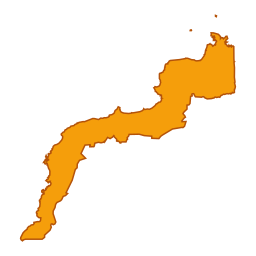 Zamboanga del Norte, Zamboanga del Norte, Philippines
{"feature_id": "2640588B39288775379873", "entity_name": "Zamboanga del Norte", "entity_type": "district", "adm_level": 2, "iso_a3": "PHL", "parent_name": "Philippines", "parent_adm1": "Zamboanga del Norte", "projection": "albers", "projection_center": [122.692, 8.0], "detail": "fine", "context": "isolated", "style": "filled", "palette": "amber", "viewbox_px": 256, "rotation_deg": 0, "n_neighbors": 0, "source": "geoboundaries", "source_scale": "gbopen_adm2", "svg_char_len": 5716}
<svg xmlns="http://www.w3.org/2000/svg" viewBox="0 0 256 256"><path d="M233.9,58.8L233.8,46.7L233.4,46.6L233.3,46.1L232.4,46.0L231.4,47.0L231.1,46.6L231.6,45.8L231.3,45.3L230.8,45.7L230.2,45.5L229.7,46.1L229.0,45.3L228.9,46.7L228.4,46.7L227.8,45.9L227.3,46.0L226.8,45.0L225.2,43.9L225.2,42.4L224.8,42.0L225.8,41.3L225.8,40.3L227.7,38.6L226.9,36.2L225.8,36.4L224.7,38.0L224.0,38.0L223.4,38.8L222.5,37.7L221.7,37.8L221.1,37.5L220.5,38.4L220.5,36.6L218.4,34.3L213.5,32.9L211.1,32.8L211.3,33.9L211.0,35.7L212.5,36.2L212.3,37.1L212.9,37.0L212.6,37.6L213.0,37.8L213.0,38.4L213.5,36.2L214.2,36.1L214.1,36.8L214.6,37.0L214.8,37.8L213.7,38.3L213.5,39.5L214.0,39.5L214.0,39.9L215.1,39.7L215.4,39.9L215.4,40.0L214.5,40.5L216.2,40.6L216.6,41.2L215.2,44.0L215.6,44.7L215.4,45.0L214.7,44.7L212.8,46.2L211.6,44.5L210.3,44.2L210.0,43.7L209.4,44.3L207.4,44.8L207.2,45.1L207.5,45.4L207.0,45.2L207.3,45.5L206.8,47.4L205.5,50.5L205.6,50.8L206.1,50.2L206.2,50.3L205.5,50.9L204.9,54.3L204.3,54.6L204.5,54.9L204.0,56.0L201.4,59.7L200.2,60.2L200.2,60.5L196.7,60.9L195.2,60.6L194.3,59.9L191.6,59.7L187.7,58.3L185.7,58.2L185.7,58.5L179.6,59.6L170.3,60.5L169.2,61.1L168.6,62.2L167.6,63.1L167.9,63.0L167.8,63.5L167.6,63.3L167.0,64.0L166.1,63.9L165.4,64.7L164.9,66.5L165.2,67.0L164.6,67.9L164.6,69.4L164.2,70.0L164.3,69.9L164.5,69.9L164.5,70.0L163.8,70.3L162.8,72.3L161.3,72.7L160.9,73.3L160.0,73.2L159.4,73.9L159.4,78.6L160.4,80.4L160.3,81.4L160.7,82.2L159.9,85.0L158.8,86.3L156.5,87.0L155.0,86.6L154.4,87.7L153.9,87.8L155.1,89.9L155.3,91.5L156.2,91.6L156.7,92.5L157.7,93.3L157.7,93.9L160.4,95.0L160.4,95.3L160.8,94.9L161.4,95.2L161.5,96.6L161.2,98.1L161.8,98.3L161.4,98.5L161.5,100.0L160.7,101.6L160.0,102.1L158.8,102.2L156.9,103.8L156.2,103.9L155.1,105.6L152.0,108.1L149.4,109.3L147.5,109.0L144.8,109.5L143.8,108.8L143.8,109.3L143.6,109.4L143.6,109.0L143.4,109.7L142.1,110.8L139.8,111.7L132.8,112.9L131.7,112.7L131.5,113.1L128.8,113.5L123.8,113.1L121.3,112.2L120.1,110.6L120.2,109.9L119.7,109.5L119.9,107.6L118.2,106.8L117.1,109.0L115.1,110.5L114.1,113.2L112.0,114.6L109.4,115.1L109.1,115.6L109.2,116.4L108.1,117.2L105.9,117.8L104.1,117.7L103.0,118.3L100.2,118.1L100.5,118.2L99.4,119.1L98.4,119.5L94.6,118.6L92.8,118.5L84.5,121.7L83.1,121.6L79.0,122.4L77.7,123.3L77.2,122.9L76.8,123.7L74.9,124.5L73.9,125.6L70.8,126.2L69.9,127.4L67.3,128.3L66.5,129.4L65.1,129.9L64.3,131.8L63.1,132.2L61.2,134.1L61.5,135.2L62.5,136.0L62.7,136.8L62.5,138.4L61.7,140.1L59.0,143.2L57.0,144.4L54.6,145.1L53.2,146.4L52.9,148.0L52.0,148.9L52.4,149.4L52.2,149.9L51.2,150.6L51.0,151.6L50.6,151.4L50.4,151.8L51.0,152.4L50.8,153.3L49.8,153.7L48.9,154.5L48.5,154.3L48.5,153.8L48.2,154.0L48.6,155.7L47.9,156.6L48.2,156.9L47.8,157.3L46.7,157.4L46.1,155.6L45.6,156.8L47.5,159.1L48.5,159.3L48.6,159.9L47.6,160.5L47.5,160.0L46.9,161.0L46.8,159.5L45.9,159.1L45.4,159.5L45.6,159.7L45.2,160.2L45.3,160.8L44.8,160.8L44.5,161.6L44.3,161.3L44.0,161.6L43.6,162.4L44.2,162.3L44.6,162.6L44.7,163.3L45.2,164.0L46.3,163.3L46.9,163.7L47.0,164.3L47.3,163.9L48.6,168.5L49.5,169.9L49.9,171.4L49.8,175.1L49.4,175.7L49.0,175.7L48.5,176.6L48.8,177.1L47.9,177.6L48.3,177.9L48.2,178.9L46.6,179.6L46.6,180.3L46.0,180.7L47.5,181.7L48.3,182.8L48.7,182.6L48.8,181.7L49.5,181.4L49.5,181.8L50.1,181.6L49.9,182.2L50.1,182.0L50.7,182.6L51.0,183.8L50.3,185.4L48.9,185.6L49.0,186.1L48.6,186.5L48.0,186.3L47.0,186.8L47.1,187.8L46.1,188.1L45.6,188.9L46.1,189.4L45.5,190.2L44.4,190.6L43.5,189.8L43.1,190.6L42.4,190.0L41.8,190.7L41.8,192.0L42.6,192.8L43.6,193.1L43.9,192.5L44.1,193.9L42.1,194.9L41.4,196.4L41.4,197.8L40.3,199.2L40.5,199.7L39.5,200.2L39.4,201.0L40.2,201.9L39.8,202.7L40.1,203.3L39.8,206.4L39.1,207.7L38.1,208.4L38.5,210.5L37.1,211.1L36.4,212.2L36.5,213.2L37.1,213.5L36.8,215.0L37.2,216.2L39.0,217.7L40.8,217.8L40.6,220.1L40.1,221.2L39.1,221.7L37.6,221.6L33.9,222.4L34.2,223.4L33.2,224.7L31.2,225.0L30.0,226.1L28.7,226.5L27.3,228.2L27.2,229.1L24.9,230.9L23.1,232.8L20.8,237.4L20.6,238.7L21.2,239.9L22.0,240.5L22.6,240.2L22.7,240.6L23.8,239.7L25.5,239.2L42.2,239.2L44.6,237.3L44.6,235.1L50.0,230.2L51.3,227.2L50.7,225.4L51.3,224.0L52.2,223.9L53.2,224.7L54.9,223.9L55.8,222.0L53.1,213.7L53.2,211.0L55.0,207.6L55.6,204.5L56.9,202.5L60.5,200.8L61.7,199.6L63.2,196.4L65.6,195.5L67.6,193.5L66.0,192.8L72.2,180.2L75.3,169.5L77.1,167.8L77.3,164.0L79.5,160.3L85.6,158.3L81.0,153.6L85.0,145.1L90.1,144.7L90.3,146.1L89.8,146.2L89.8,146.8L93.8,146.7L94.3,146.0L94.8,143.2L98.4,142.3L101.0,142.8L103.4,142.3L104.5,141.3L104.7,141.9L107.6,137.4L110.1,138.6L112.4,137.2L113.8,135.6L114.1,136.0L114.0,136.6L116.7,139.3L116.6,141.0L117.2,141.3L117.8,140.9L119.7,142.1L119.7,143.3L120.0,142.7L120.7,143.0L120.8,142.3L122.4,141.9L126.0,141.9L127.0,139.3L127.5,139.2L127.2,137.6L128.7,136.0L129.1,134.4L139.2,134.2L144.2,135.6L151.7,136.2L151.8,138.3L158.9,138.6L160.7,136.3L162.5,135.0L172.5,129.0L181.9,127.4L182.9,127.6L184.5,126.3L186.0,121.5L182.0,121.7L181.9,120.8L184.2,118.0L185.4,117.2L184.5,115.3L183.6,114.6L183.0,113.4L184.1,111.9L187.0,109.1L187.0,105.1L188.9,104.9L190.0,103.5L190.6,96.4L192.2,95.9L191.8,94.2L192.5,93.8L193.5,93.7L194.1,94.2L194.3,95.1L195.4,96.8L201.7,97.2L202.6,96.7L203.7,96.7L204.8,97.8L207.2,98.9L211.4,98.6L214.2,97.9L214.8,97.2L215.6,97.1L216.7,97.5L218.4,97.0L219.8,97.3L221.0,95.4L221.6,95.4L223.5,94.2L224.6,94.4L227.0,93.6L228.4,93.9L229.8,93.5L230.4,93.8L230.5,93.5L231.1,93.8L231.9,93.3L232.3,92.4L233.5,92.9L234.4,92.5L234.4,89.3L234.8,89.1L235.4,86.7L234.5,82.6L235.0,82.2L234.4,77.3L234.5,67.7L234.0,62.4L234.3,62.0L234.1,62.0L233.9,58.8ZM216.3,16.7L216.5,15.8L215.5,15.4L215.5,16.3L216.3,16.7ZM191.3,29.9L190.4,30.0L190.2,30.6L191.2,30.7L191.5,30.4L191.3,29.9ZM227.2,42.1L226.2,41.9L226.2,42.8L227.2,42.1Z" fill="#f59e0b" stroke="#b45309" stroke-width="1.5"/></svg>